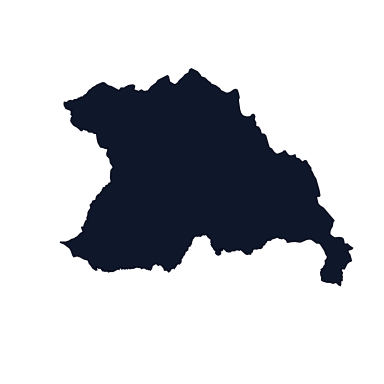 Chai Prakan, Chiang Mai, Thailand (Robinson projection), rotated 165°
{"feature_id": "78962969B89522640668309", "entity_name": "Chai Prakan", "entity_type": "district", "adm_level": 2, "iso_a3": "THA", "parent_name": "Thailand", "parent_adm1": "Chiang Mai", "projection": "robinson", "projection_center": [99.191, 19.697], "detail": "fine", "context": "isolated", "style": "filled", "palette": "ink", "viewbox_px": 384, "rotation_deg": 165, "n_neighbors": 0, "source": "geoboundaries", "source_scale": "gbopen_adm2", "svg_char_len": 6026}
<svg xmlns="http://www.w3.org/2000/svg" viewBox="0 0 384 384"><g transform="rotate(165 192 192)"><path d="M332.5,177.7L329.0,175.3L324.5,169.5L323.8,167.3L323.4,161.9L322.9,160.2L319.8,160.2L318.8,159.8L316.6,158.3L313.4,155.2L310.2,153.5L309.8,152.5L309.5,149.4L308.5,147.5L307.4,144.2L305.1,141.5L304.2,141.5L304.0,144.0L303.0,144.2L301.6,142.5L299.9,142.4L299.2,140.7L298.5,140.6L298.9,139.9L298.7,139.2L298.1,139.3L297.6,138.6L296.1,137.9L294.9,138.1L294.4,137.5L293.8,137.6L293.3,136.5L291.7,136.7L289.8,136.0L288.3,135.9L283.7,137.0L282.6,136.3L282.5,136.7L280.7,137.6L280.2,137.4L279.6,135.9L278.8,136.4L278.6,135.9L278.0,135.9L276.3,135.0L274.9,135.7L274.2,134.6L272.6,135.2L271.6,134.0L269.8,134.1L267.8,133.5L266.5,134.4L265.9,133.8L264.8,134.1L263.2,133.1L261.8,133.0L260.4,131.1L259.2,131.6L257.7,130.9L256.7,131.1L256.1,129.5L254.7,129.1L254.2,128.4L253.0,128.3L252.4,127.5L251.0,128.6L249.5,131.3L245.5,132.4L244.1,131.3L244.0,130.5L243.4,130.0L242.3,130.4L240.5,129.4L239.9,128.5L239.8,127.5L238.6,126.7L238.9,126.1L238.6,125.1L238.8,123.9L238.4,123.5L237.7,123.7L237.2,123.2L236.4,123.4L235.9,123.1L235.6,121.7L235.2,121.0L233.9,121.5L232.0,123.5L231.1,123.3L229.8,123.9L229.0,122.8L226.3,125.1L226.1,125.7L223.9,126.6L222.9,125.9L221.2,126.8L220.2,129.0L220.4,130.1L218.6,131.0L216.8,133.2L216.0,133.3L214.5,135.3L214.1,136.9L213.0,136.5L211.3,137.2L209.9,140.4L208.0,140.5L207.8,141.3L207.0,141.3L206.7,142.2L206.0,142.4L206.2,143.3L205.2,144.2L205.0,145.3L204.3,145.5L203.9,146.6L202.7,147.1L202.4,147.7L199.7,148.8L198.4,148.0L196.4,148.0L195.6,147.1L193.7,147.7L193.6,148.3L192.9,148.5L191.0,147.4L189.2,147.8L188.5,145.8L187.9,145.4L188.2,145.1L188.0,144.4L185.6,141.2L186.6,138.7L186.2,136.6L186.9,136.3L186.6,135.7L186.8,134.8L186.2,134.3L186.2,133.5L185.6,132.4L185.7,131.7L184.9,129.8L183.6,129.2L184.6,127.5L184.8,126.5L184.0,125.2L183.0,124.4L181.7,124.4L180.5,124.9L180.2,126.5L181.1,127.0L181.1,128.7L180.3,128.7L179.2,127.8L178.5,127.8L178.3,128.2L178.8,129.3L177.8,129.2L177.4,128.4L176.8,129.1L175.8,129.3L173.8,125.7L172.0,124.7L170.3,124.5L169.2,125.0L168.1,125.0L166.0,124.3L164.5,124.9L162.1,124.3L161.6,123.6L159.8,124.2L156.3,118.7L155.8,118.8L155.4,117.8L155.0,117.6L154.1,117.9L154.0,117.6L153.1,117.6L151.6,116.9L151.0,118.0L149.5,118.6L148.1,120.9L146.5,121.0L145.0,120.8L144.5,120.3L141.6,120.4L140.8,119.8L139.7,119.9L138.6,120.6L137.5,122.1L135.6,122.5L134.6,123.8L133.7,124.1L132.0,126.0L128.5,125.2L127.5,126.1L121.1,126.4L120.4,126.1L119.6,124.8L118.4,124.5L117.5,123.7L115.6,124.1L113.1,121.1L112.8,118.9L112.4,118.7L108.8,118.5L104.6,117.6L102.7,116.6L100.2,115.7L93.3,116.7L90.6,116.3L88.7,115.5L84.7,110.5L82.0,109.7L81.2,108.2L78.9,101.1L78.6,97.1L77.6,94.6L79.1,92.2L81.1,91.0L81.2,89.4L81.9,87.2L83.6,86.1L84.8,84.5L87.2,83.6L86.8,82.3L87.9,81.8L88.5,80.9L88.5,79.9L88.9,78.7L88.6,75.9L89.5,73.3L88.5,72.2L84.5,69.8L81.8,69.2L79.4,67.4L77.0,67.6L75.7,67.1L74.1,64.3L73.0,63.4L72.3,64.5L71.5,68.3L70.1,67.7L69.7,68.1L69.8,69.7L68.9,70.9L68.9,73.0L67.7,75.3L68.5,77.1L67.7,78.8L66.4,79.2L64.8,78.4L60.8,82.9L58.5,84.0L55.9,84.4L55.9,90.6L56.8,92.4L56.8,95.5L53.0,95.6L51.8,95.9L51.5,96.3L53.9,98.9L55.4,101.5L58.0,101.9L58.7,102.9L58.3,104.5L58.3,107.6L59.4,108.9L61.6,109.8L66.2,110.6L68.3,112.9L69.6,114.8L69.9,116.1L68.8,118.9L67.3,121.0L65.5,122.6L63.9,126.4L62.4,127.7L69.3,142.3L72.3,145.6L73.5,148.0L73.3,154.6L72.4,155.4L71.5,155.5L70.4,155.0L69.5,155.6L69.0,160.8L69.2,172.9L70.2,175.6L71.0,180.4L71.7,182.0L71.1,184.4L73.1,189.3L73.5,192.2L74.7,193.0L77.5,192.2L78.1,192.5L80.0,196.1L82.8,197.8L83.1,198.3L83.0,201.1L86.0,200.8L88.7,201.7L90.1,203.6L91.5,207.5L92.5,207.7L94.3,206.6L99.3,206.2L100.4,206.4L101.2,207.0L102.8,209.4L104.0,212.8L105.9,214.7L106.2,215.5L106.4,227.1L106.7,227.8L107.5,229.0L110.2,230.1L110.2,234.4L111.0,237.2L113.5,238.9L113.6,239.6L112.6,242.4L113.4,245.9L111.9,248.7L112.2,250.5L112.7,251.0L113.7,251.1L115.0,250.1L116.7,249.5L119.9,250.2L122.8,251.9L123.7,253.2L124.7,255.5L124.8,259.3L123.7,268.3L123.3,269.5L122.1,271.1L121.9,275.2L122.1,278.8L123.3,279.7L124.9,279.7L129.0,278.2L131.5,278.0L133.3,278.4L134.7,279.5L138.1,282.5L138.7,284.6L141.9,288.5L145.8,291.2L146.3,292.9L148.2,295.2L150.2,298.7L153.4,300.6L154.2,303.5L155.8,306.7L160.8,311.1L162.6,310.4L164.1,307.8L168.2,306.9L170.6,305.1L175.1,302.9L177.7,300.8L180.5,299.9L181.6,300.4L185.3,304.1L185.0,309.6L185.7,310.6L195.8,308.5L198.2,306.4L204.0,304.1L208.0,301.0L211.2,301.1L212.8,301.6L214.4,303.5L217.7,302.8L219.9,304.4L221.3,305.0L221.6,305.4L221.5,306.5L220.1,309.2L221.0,310.4L221.8,310.7L225.5,311.1L229.4,310.3L230.3,309.7L233.6,310.7L235.2,309.3L236.6,308.9L242.8,314.7L245.2,315.9L246.6,317.3L248.3,319.8L250.0,320.6L256.5,319.7L258.0,318.9L260.6,318.5L263.0,317.2L264.9,316.7L268.6,313.6L271.0,313.1L272.9,311.7L274.5,312.3L275.4,311.8L277.7,311.8L278.5,310.8L281.5,311.5L283.9,310.7L285.9,311.8L286.7,311.8L288.0,311.6L289.6,310.5L292.0,311.6L292.5,310.6L292.8,308.6L291.9,305.1L290.8,304.8L290.2,303.9L288.7,303.6L288.4,302.5L287.1,301.5L287.1,301.2L287.8,300.7L287.9,299.3L288.7,298.4L287.9,297.0L287.7,295.9L289.2,294.8L290.5,292.2L290.4,291.0L289.0,287.4L285.5,283.9L283.2,280.1L282.6,279.9L281.0,281.0L280.1,280.9L279.0,279.7L277.2,279.0L276.2,276.9L272.5,275.7L271.3,274.1L269.3,273.5L269.0,272.5L269.6,268.6L269.8,264.0L268.7,259.5L268.1,258.9L265.9,257.9L264.5,256.7L262.1,255.9L262.3,254.1L264.2,251.2L264.5,249.8L264.4,248.8L262.6,245.8L263.1,241.1L261.8,237.9L261.7,235.8L264.1,234.2L264.9,233.0L266.9,226.7L267.2,223.1L267.8,222.1L268.4,221.7L269.9,221.8L271.0,220.4L273.3,220.3L274.5,218.7L276.5,218.9L279.0,215.7L280.5,214.9L281.1,213.9L283.1,213.6L285.2,212.3L287.0,208.8L290.3,208.7L291.0,207.2L293.6,205.7L293.6,202.6L296.5,200.3L297.8,198.6L298.4,196.5L300.1,194.1L300.1,191.9L301.8,191.5L302.4,190.9L304.8,187.7L305.3,186.0L305.8,185.8L307.2,186.5L307.7,186.2L307.2,181.5L310.4,180.7L314.2,178.3L316.0,178.0L317.4,177.3L320.9,177.2L323.0,176.4L326.9,176.1L332.5,177.7Z" fill="#0f172a" stroke="#020617" stroke-width="1.5"/></g></svg>